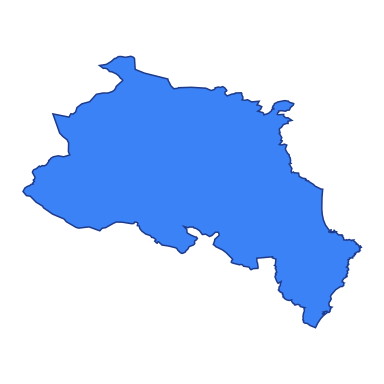 Wicklow Lea-6, Wicklow, Ireland (Robinson projection)
{"feature_id": "5873133B62202788208281", "entity_name": "Wicklow Lea-6", "entity_type": "district", "adm_level": 2, "iso_a3": "IRL", "parent_name": "Ireland", "parent_adm1": "Wicklow", "projection": "robinson", "projection_center": [-6.153, 53.022], "detail": "fine", "context": "isolated", "style": "filled", "palette": "blue", "viewbox_px": 384, "rotation_deg": 0, "n_neighbors": 0, "source": "geoboundaries", "source_scale": "gbopen_adm2", "svg_char_len": 6011}
<svg xmlns="http://www.w3.org/2000/svg" viewBox="0 0 384 384"><path d="M23.0,191.5L26.4,195.6L30.3,196.2L36.1,202.2L42.5,206.1L43.6,207.9L52.7,214.2L64.1,219.0L66.3,221.7L76.1,227.4L78.8,228.1L89.0,226.9L99.8,230.8L102.2,228.2L105.6,227.7L113.6,223.2L116.5,222.0L122.3,222.2L131.6,223.7L133.8,223.5L134.8,222.0L136.8,222.3L137.9,223.2L137.3,225.6L139.2,226.0L139.8,228.6L141.9,231.2L145.8,234.1L149.9,235.4L151.1,236.4L151.6,237.4L153.3,237.6L155.3,239.1L155.9,240.0L154.7,241.1L156.6,243.0L157.2,243.2L158.0,241.8L158.6,241.8L162.1,245.1L168.5,246.0L175.7,247.8L176.9,248.6L177.9,250.3L180.2,252.5L181.5,253.3L182.7,253.3L185.3,252.1L186.0,250.8L187.8,249.2L189.2,246.6L193.4,245.0L194.3,244.2L194.8,243.3L194.4,242.1L194.8,240.9L196.4,239.9L197.4,238.5L196.4,237.0L195.6,237.1L190.9,235.1L187.5,233.1L187.0,232.6L186.8,229.5L184.0,226.5L187.9,227.7L189.7,227.0L193.3,227.1L193.7,227.8L196.5,228.6L199.6,230.8L202.3,234.5L205.7,234.2L209.6,236.5L211.9,235.5L215.4,232.2L218.3,232.2L219.1,234.0L218.9,235.7L214.8,239.3L214.6,240.8L213.3,244.6L215.2,245.8L215.5,246.5L222.3,249.8L226.0,252.5L232.7,259.3L231.5,261.0L231.3,262.4L233.1,263.2L239.5,264.8L241.1,264.4L242.7,265.0L243.5,266.2L249.1,267.1L250.0,268.8L251.0,269.7L253.4,268.6L257.9,268.4L258.1,267.3L257.5,262.9L256.9,261.7L256.8,258.2L272.5,256.8L272.2,257.7L272.5,257.9L275.9,259.1L275.3,265.0L274.5,265.4L276.2,266.9L275.4,267.7L275.3,268.7L276.1,269.3L276.1,270.7L276.8,272.1L275.5,273.3L276.0,274.5L275.6,274.6L275.8,275.1L275.0,276.4L275.1,277.1L276.7,281.2L278.1,283.3L281.1,281.6L280.3,284.2L280.3,285.5L279.1,287.0L278.9,289.7L278.4,290.0L279.8,291.7L280.6,291.7L281.0,292.5L282.7,293.2L282.5,294.6L283.1,295.0L283.0,297.0L283.8,297.1L284.3,298.4L286.8,299.9L289.3,300.5L291.6,299.9L291.4,300.7L291.8,301.5L293.0,303.2L294.5,304.1L294.4,304.6L294.9,305.1L297.8,304.3L299.9,305.2L300.0,306.2L300.4,306.6L304.9,307.7L304.0,308.4L304.4,311.0L303.5,313.3L303.0,316.4L303.2,318.5L302.8,319.9L303.6,320.6L303.4,322.0L304.5,323.0L307.4,323.5L309.9,325.4L315.5,327.7L317.8,323.0L320.5,318.9L323.3,315.7L327.1,312.7L327.0,311.5L326.1,311.3L323.6,312.0L324.0,312.2L323.4,313.0L324.1,312.9L324.2,313.2L324.1,313.6L323.2,314.0L321.9,313.9L324.1,313.4L324.0,312.9L323.4,313.0L323.8,312.2L323.5,312.0L326.4,311.2L327.0,311.3L327.5,312.5L328.9,312.4L329.6,311.8L330.2,312.1L329.6,311.4L330.1,310.9L329.9,310.2L330.6,309.2L330.5,308.5L332.0,307.2L329.5,306.6L328.8,303.7L329.6,301.4L330.3,301.0L330.8,299.5L331.3,299.0L330.5,296.7L331.0,295.2L335.7,289.7L340.6,286.5L342.2,286.6L343.7,285.5L343.7,283.4L344.1,283.1L343.6,283.0L343.3,282.2L342.2,281.9L342.3,280.7L344.1,278.2L345.9,277.4L346.1,276.5L346.7,276.5L346.5,275.7L347.0,275.8L346.6,274.3L347.6,273.3L347.6,271.9L347.2,271.2L347.3,270.6L348.6,269.9L348.4,268.3L346.5,267.1L347.5,266.6L347.4,265.9L348.0,265.6L347.8,264.7L348.8,264.1L348.0,262.9L348.6,261.3L348.0,259.8L349.2,259.5L350.0,258.5L349.6,258.1L350.1,257.9L352.2,257.9L352.5,257.5L352.8,258.6L352.8,257.5L352.1,257.5L353.4,256.0L354.4,255.8L354.6,253.7L355.4,254.2L355.8,253.0L357.5,251.7L358.8,251.9L359.1,251.3L359.6,251.2L359.5,250.4L360.1,250.1L359.5,249.5L360.0,248.5L359.5,247.8L360.3,247.6L359.8,247.3L360.2,246.7L361.0,246.9L360.4,245.9L359.0,246.2L357.7,244.3L356.3,244.2L356.6,243.5L356.0,242.8L353.4,240.6L353.8,240.0L352.0,240.1L351.6,240.6L349.2,239.5L347.3,240.2L346.7,239.7L345.8,240.1L343.7,239.8L343.6,238.0L342.4,236.6L342.8,236.0L341.4,235.2L341.6,234.9L338.5,234.9L336.1,232.4L336.5,231.8L335.2,231.5L333.6,229.7L334.8,231.2L334.6,232.1L334.0,232.5L331.2,232.6L328.0,231.7L331.1,232.4L332.8,232.3L333.4,231.6L331.3,231.6L329.8,230.3L331.9,229.6L329.5,230.3L328.9,229.9L325.5,225.1L323.5,220.3L322.3,214.7L321.8,209.0L322.0,197.4L322.7,189.2L321.1,189.1L315.0,186.1L313.4,184.4L308.9,181.6L308.6,180.9L307.1,180.9L306.4,179.7L305.6,180.0L305.5,178.6L302.6,178.2L299.2,176.4L298.6,173.1L294.1,172.8L293.5,172.0L291.6,172.7L291.1,171.2L291.9,168.4L289.2,164.1L291.0,163.4L290.3,162.7L290.6,160.3L290.1,157.6L289.3,156.5L289.1,154.6L287.7,153.5L285.8,150.2L285.4,148.6L286.8,145.1L284.3,144.1L282.0,145.0L279.3,144.5L281.8,141.8L282.2,140.8L280.7,140.5L281.8,137.6L279.2,133.3L279.9,133.2L280.1,132.5L279.4,130.3L279.5,128.6L281.4,127.4L283.4,124.6L286.4,123.5L288.1,123.4L287.9,121.3L291.9,120.4L287.9,117.7L286.4,117.9L284.9,117.2L283.7,116.1L283.7,114.4L278.4,114.7L277.3,114.4L277.7,112.8L278.7,112.1L278.7,111.0L281.3,110.7L285.6,111.2L287.1,110.3L289.4,110.0L290.5,107.5L293.1,105.3L293.8,103.8L293.6,103.5L289.3,102.3L288.5,101.2L284.7,100.6L277.9,101.9L274.4,103.7L274.1,104.9L273.1,105.9L272.4,107.9L273.8,108.5L273.9,109.0L271.8,109.6L271.4,110.9L268.5,113.3L264.0,114.9L263.7,113.5L262.9,112.6L257.8,111.2L260.5,109.5L261.8,106.7L259.0,105.3L257.0,105.0L259.2,101.2L251.6,101.9L247.5,99.7L245.0,100.3L242.1,99.8L242.9,98.2L242.9,97.0L241.7,94.7L241.8,93.3L241.3,92.8L235.3,93.0L234.9,93.7L231.9,94.1L227.1,95.9L225.1,94.0L224.9,93.0L225.2,91.7L226.5,91.1L226.8,90.4L224.8,87.9L222.7,86.6L220.1,87.5L218.5,87.0L215.5,87.7L215.1,87.9L215.4,88.4L214.0,89.6L211.1,90.5L205.9,88.2L191.4,87.3L178.5,87.7L177.7,88.3L173.8,88.7L170.9,85.8L168.0,80.1L167.9,79.0L144.4,73.1L135.2,69.4L134.5,58.6L133.6,57.4L130.9,56.3L125.4,57.3L121.1,56.5L118.3,56.6L115.9,58.3L114.5,58.5L111.3,61.4L106.3,64.4L99.5,65.5L103.3,68.4L104.7,68.2L107.2,68.9L109.5,71.5L112.1,71.9L116.3,73.9L118.6,75.7L120.7,78.5L122.2,79.3L122.8,80.4L116.2,86.4L115.6,88.2L114.6,89.8L112.6,91.4L108.1,93.0L103.0,93.0L96.3,94.3L89.7,101.7L81.9,103.8L77.0,107.5L75.6,112.0L73.1,114.0L70.8,113.8L69.1,117.1L52.9,113.9L59.7,133.1L62.9,136.5L67.1,139.8L68.6,142.9L68.4,151.8L69.8,154.9L63.7,156.8L58.3,155.8L53.3,156.8L50.7,158.4L50.6,158.9L48.7,160.5L49.0,161.0L48.8,161.4L46.5,164.7L44.1,165.9L42.1,165.6L40.2,166.8L39.3,166.1L36.3,168.7L33.8,169.7L32.9,170.9L32.4,172.4L35.1,177.4L34.3,179.4L33.4,179.8L33.4,180.5L34.3,181.4L32.8,183.0L33.1,184.0L31.3,184.3L29.8,185.5L27.4,186.4L25.0,187.9L23.0,191.5Z" fill="#3b82f6" stroke="#1e3a8a" stroke-width="1.5"/></svg>